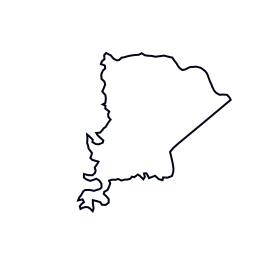 the district of Heitoraí, Goiás, Brazil, rotated 309°
{"feature_id": "56859067B60847628192703", "entity_name": "Heitoraí", "entity_type": "district", "adm_level": 2, "iso_a3": "BRA", "parent_name": "Brazil", "parent_adm1": "Goiás", "projection": "natural_earth1", "projection_center": [-49.823, -15.733], "detail": "fine", "context": "isolated", "style": "outline", "palette": "ink", "viewbox_px": 256, "rotation_deg": 309, "n_neighbors": 0, "source": "geoboundaries", "source_scale": "gbopen_adm2", "svg_char_len": 2201}
<svg xmlns="http://www.w3.org/2000/svg" viewBox="0 0 256 256"><g transform="rotate(309 128 128)"><path d="M118.4,192.4L122.0,191.0L125.2,188.8L128.9,184.7L132.7,179.9L135.9,175.7L141.3,175.8L147.8,176.9L153.3,178.0L178.2,183.0L214.5,190.1L215.6,187.6L216.1,184.1L214.0,181.1L211.4,178.1L210.8,174.3L211.3,171.3L212.9,167.9L214.2,165.7L215.6,162.8L217.7,159.2L220.0,155.3L220.8,152.0L220.6,146.8L218.6,142.4L216.7,140.4L214.0,137.6L209.7,135.8L207.2,133.7L207.1,130.2L207.7,127.7L208.7,125.3L209.6,121.2L210.6,118.1L209.5,116.0L206.9,110.4L204.2,107.9L200.6,104.4L199.0,101.2L196.7,98.0L195.1,95.2L194.7,91.6L191.6,90.2L189.5,87.9L186.7,85.2L184.5,83.3L182.5,81.8L180.6,80.6L178.8,78.8L175.3,78.3L173.5,76.8L172.8,72.9L173.6,68.9L172.5,63.8L169.7,63.6L166.6,66.4L163.5,65.7L160.6,66.7L162.0,70.7L159.9,72.8L156.8,72.4L153.0,73.4L149.5,76.5L149.3,80.3L147.4,82.9L144.1,84.0L140.2,85.1L139.3,89.8L136.8,92.4L133.2,94.6L130.4,93.5L131.2,96.4L128.8,98.1L129.0,103.1L126.4,103.7L124.2,105.9L123.6,109.2L121.0,109.2L117.6,109.5L114.9,110.0L112.5,109.3L110.2,109.4L107.0,109.3L104.1,106.5L103.3,108.9L103.0,111.7L102.8,116.6L100.8,117.6L97.0,115.6L95.3,113.2L94.7,109.2L96.7,108.0L97.2,103.3L97.2,100.3L94.3,103.1L90.7,105.6L89.2,108.0L87.2,110.4L85.9,115.7L83.2,117.0L81.1,117.5L80.7,120.2L81.7,122.5L83.3,126.3L81.2,126.7L76.4,127.0L74.4,129.8L72.0,130.6L69.0,130.2L66.6,127.2L64.5,122.7L61.8,124.9L61.8,127.8L63.1,131.8L65.6,133.6L68.6,135.2L69.1,138.4L68.1,142.3L65.0,144.9L62.6,144.4L60.6,142.9L57.8,141.2L55.8,137.2L52.9,133.8L50.7,133.1L46.6,133.8L43.2,133.9L40.3,134.8L43.9,137.6L42.7,140.4L39.4,139.7L36.8,139.8L35.2,142.0L37.4,142.9L39.8,144.7L41.3,146.8L41.5,149.6L41.1,152.9L44.0,151.8L45.7,149.8L47.8,147.7L49.8,146.1L51.8,150.3L52.9,153.3L51.9,155.9L54.2,159.1L57.8,159.9L60.5,157.9L61.3,154.3L61.4,150.7L63.4,149.7L67.0,151.1L71.0,150.0L73.7,149.1L75.2,146.4L77.5,147.9L79.9,150.8L82.3,152.6L83.0,155.9L85.7,157.8L87.8,160.2L90.2,161.8L92.6,161.6L93.8,163.9L98.0,164.9L98.3,167.4L97.8,172.2L100.7,171.8L102.7,169.1L104.4,170.8L103.6,173.1L102.3,175.9L106.0,178.0L107.9,179.1L107.6,184.0L109.2,187.6L111.7,186.4L114.3,190.0L118.4,192.4Z" fill="none" stroke="#020617" stroke-width="2"/></g></svg>